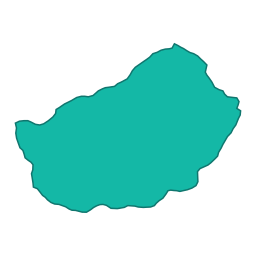 outline of Onda Verde, São Paulo, Brazil
{"feature_id": "56859067B56132277952557", "entity_name": "Onda Verde", "entity_type": "district", "adm_level": 2, "iso_a3": "BRA", "parent_name": "Brazil", "parent_adm1": "São Paulo", "projection": "robinson", "projection_center": [-49.245, -20.61], "detail": "fine", "context": "isolated", "style": "filled", "palette": "teal", "viewbox_px": 256, "rotation_deg": 0, "n_neighbors": 0, "source": "geoboundaries", "source_scale": "gbopen_adm2", "svg_char_len": 1812}
<svg xmlns="http://www.w3.org/2000/svg" viewBox="0 0 256 256"><path d="M174.4,43.8L172.1,48.1L169.2,48.8L165.3,49.1L161.1,50.2L157.2,52.3L152.9,53.7L149.7,57.2L146.7,59.4L143.9,61.3L139.6,64.3L135.3,67.3L132.4,70.7L130.2,74.7L127.2,78.9L121.2,82.1L117.7,83.7L114.5,86.4L108.5,87.3L105.3,87.7L102.5,88.8L98.3,90.9L93.1,95.5L88.3,96.8L84.8,96.3L81.3,96.3L76.7,97.5L71.2,100.7L68.6,102.0L64.5,104.0L59.1,107.7L56.1,109.5L55.6,113.5L52.9,117.0L48.4,120.7L43.7,123.8L39.7,125.0L35.4,124.3L30.9,122.0L27.9,120.7L23.8,120.7L19.4,121.2L15.4,123.1L16.5,128.0L15.8,133.1L16.6,138.2L18.2,142.8L20.0,147.8L22.9,150.4L24.1,154.0L25.1,157.8L28.2,160.3L31.0,162.2L33.0,164.7L32.8,169.8L31.5,173.7L32.1,177.2L33.0,182.9L33.4,187.1L37.4,188.7L39.9,191.9L42.6,195.4L45.3,197.3L47.5,199.8L51.0,202.5L54.6,204.0L59.0,204.4L62.6,205.7L65.7,206.8L69.1,209.0L71.9,210.2L75.5,210.4L78.3,211.1L82.1,212.1L86.5,212.2L90.5,209.8L93.7,207.4L96.9,205.7L99.9,204.6L103.0,204.4L106.4,205.3L111.0,208.3L117.4,208.6L124.3,207.4L127.8,205.6L134.9,206.1L138.2,207.0L143.4,207.4L146.3,207.2L150.6,207.0L154.4,205.6L156.3,203.2L159.1,200.7L162.9,198.2L166.0,194.0L168.0,190.7L170.7,190.1L173.8,190.5L176.7,190.7L179.9,191.4L187.5,189.7L191.9,188.1L196.0,185.6L197.9,181.7L197.7,177.2L197.5,171.6L200.0,168.6L202.7,167.4L208.0,165.0L210.8,162.8L215.3,158.5L217.6,156.1L218.6,152.3L221.2,148.0L222.8,144.6L225.2,140.5L227.5,136.5L231.0,132.9L233.1,128.7L235.8,125.0L238.5,118.3L240.2,115.0L240.6,110.8L236.8,108.4L238.1,104.9L239.0,101.6L236.8,97.9L231.6,97.3L227.4,96.8L224.6,94.1L222.9,90.9L219.1,89.7L214.6,87.3L211.9,82.1L209.0,77.9L206.9,75.2L205.3,72.2L206.1,68.6L206.9,65.0L203.5,61.5L200.7,59.0L197.7,56.0L193.7,53.7L189.9,52.5L186.8,50.7L183.6,48.6L180.7,47.2L177.7,45.4L174.4,43.8Z" fill="#14b8a6" stroke="#0f766e" stroke-width="1.5"/></svg>